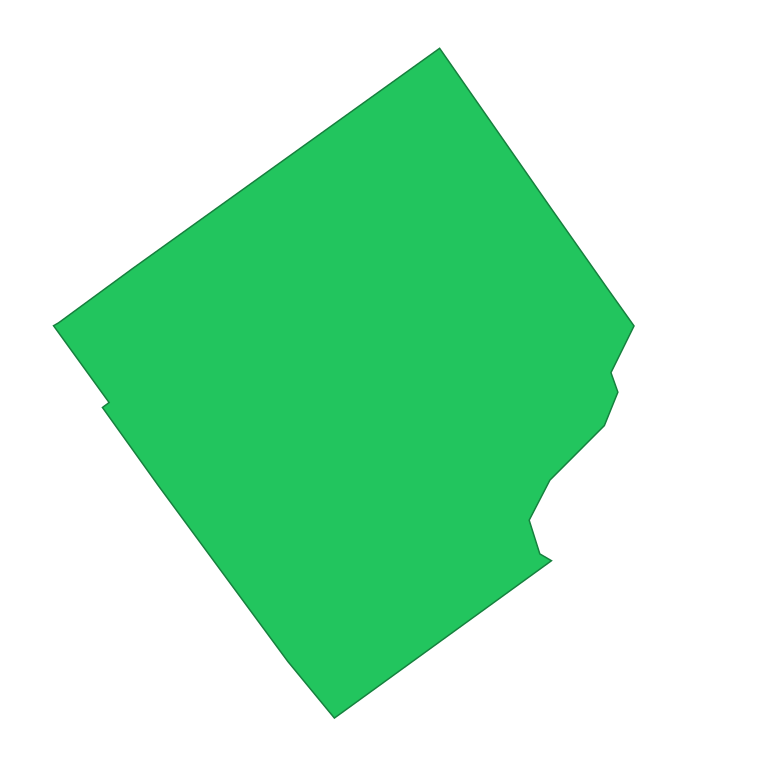 Henry, Illinois, United States of America (orthographic projection), rotated 144°
{"feature_id": "52423323B92749685082725", "entity_name": "Henry", "entity_type": "district", "adm_level": 2, "iso_a3": "USA", "parent_name": "United States of America", "parent_adm1": "Illinois", "projection": "orthographic", "projection_center": [-90.154, 41.367], "detail": "fine", "context": "isolated", "style": "filled", "palette": "green", "viewbox_px": 768, "rotation_deg": 144, "n_neighbors": 0, "source": "geoboundaries", "source_scale": "gbopen_adm2", "svg_char_len": 411}
<svg xmlns="http://www.w3.org/2000/svg" viewBox="0 0 768 768"><g transform="rotate(144 384 384)"><path d="M145.6,428.0L141.7,622.9L520.1,625.2L611.5,624.8L617.1,625.4L617.3,530.6L625.6,530.5L626.3,434.6L624.9,215.9L620.5,142.9L352.4,142.6L357.8,155.0L346.6,188.5L306.3,208.7L230.2,220.8L199.6,239.9L193.7,259.8L147.6,284.0L147.1,331.3L145.6,428.0Z" fill="#22c55e" stroke="#15803d" stroke-width="1.5"/></g></svg>